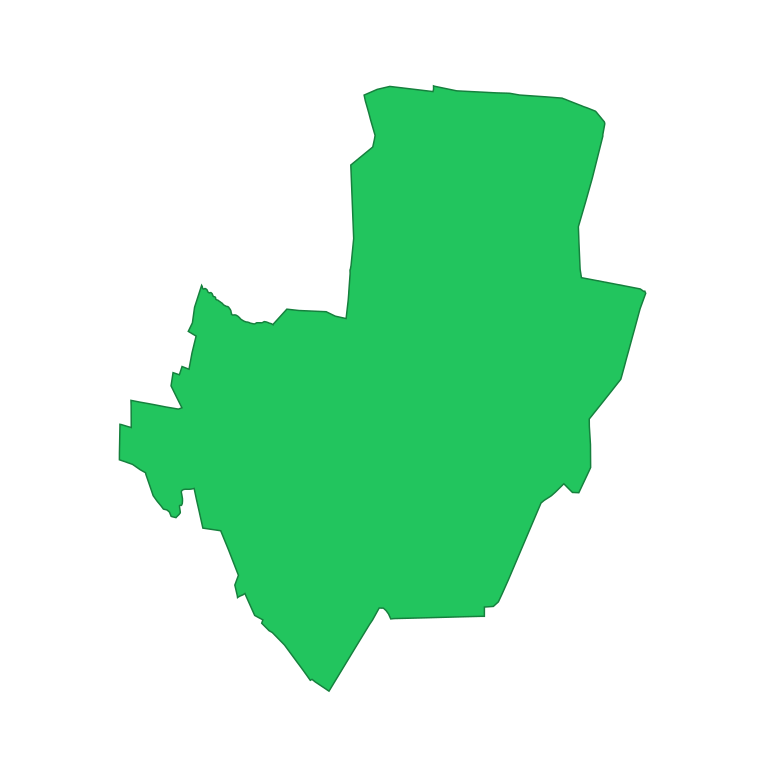 Preiļi, Preilu, Latvia, rotated 79°
{"feature_id": "27541924B35723190780065", "entity_name": "Preiļi", "entity_type": "district", "adm_level": 2, "iso_a3": "LVA", "parent_name": "Latvia", "parent_adm1": "Preilu", "projection": "natural_earth1", "projection_center": [26.72, 56.291], "detail": "fine", "context": "isolated", "style": "filled", "palette": "green", "viewbox_px": 768, "rotation_deg": 79, "n_neighbors": 0, "source": "geoboundaries", "source_scale": "gbopen_adm2", "svg_char_len": 4151}
<svg xmlns="http://www.w3.org/2000/svg" viewBox="0 0 768 768"><g transform="rotate(79 384 384)"><path d="M342.6,110.3L342.7,111.3L339.6,114.3L334.5,126.9L317.3,169.9L308.8,169.6L284.0,165.9L278.2,165.0L277.0,164.8L266.7,163.2L243.8,151.4L221.8,140.3L182.5,121.9L180.9,121.6L171.2,117.8L170.7,117.7L170.4,117.6L170.2,117.6L169.6,117.6L169.1,117.7L168.8,117.7L168.3,117.9L168.0,118.1L159.7,122.6L157.8,123.6L157.0,124.1L156.7,124.3L156.5,124.5L156.4,124.6L156.3,124.8L156.2,124.9L156.1,125.1L151.7,131.9L149.8,135.2L148.1,137.7L147.9,138.1L147.6,138.6L146.5,140.3L143.9,144.4L140.2,150.2L139.5,151.2L139.2,151.7L137.7,154.2L137.5,154.4L137.4,154.5L133.1,170.0L126.2,195.8L122.7,204.9L122.1,207.3L119.7,218.0L111.2,252.3L110.1,256.7L101.4,277.5L100.8,278.5L104.1,279.1L106.3,280.1L93.0,321.5L93.5,334.5L96.6,348.4L102.0,348.3L102.4,348.3L109.2,347.7L115.0,347.2L122.9,346.7L138.3,345.3L140.1,346.0L142.0,346.7L149.2,349.8L162.7,374.8L235.4,386.0L253.5,391.4L261.3,393.7L265.1,395.2L265.5,395.6L266.1,395.7L269.2,396.2L275.1,397.8L280.3,399.2L286.6,400.9L288.6,401.4L294.0,402.9L295.4,403.3L297.3,403.9L305.5,406.5L312.5,408.7L312.4,409.0L308.2,418.7L308.1,418.9L302.0,427.0L295.6,453.6L292.0,465.1L303.9,481.0L304.0,481.2L304.7,481.6L304.3,482.0L303.3,483.1L302.3,485.1L301.5,486.2L300.6,487.8L300.1,489.1L299.9,489.7L300.4,491.1L300.6,492.3L300.3,493.7L299.8,496.1L299.6,497.4L300.1,498.7L300.3,499.3L300.3,499.8L300.1,500.5L298.7,503.7L297.9,504.7L297.2,506.1L296.7,507.7L295.4,509.7L293.9,511.3L292.8,512.4L291.6,513.0L289.8,514.3L288.3,515.9L287.7,517.1L287.6,518.2L287.5,518.6L287.5,519.3L287.2,519.8L286.7,520.1L286.5,520.4L285.5,520.2L284.8,520.4L283.1,520.3L281.4,520.7L281.3,520.8L280.0,521.4L278.9,521.9L278.2,522.6L277.6,524.1L276.2,525.8L275.7,526.4L273.9,527.4L272.6,528.7L272.0,529.2L271.1,530.1L270.0,531.1L269.4,532.3L268.8,532.9L266.8,532.9L266.1,533.5L265.8,534.3L265.4,534.9L262.5,535.5L261.3,536.4L261.1,537.2L261.3,538.1L260.7,538.7L260.1,539.3L258.9,539.5L257.9,539.7L256.8,540.5L256.2,541.3L256.1,542.0L256.4,542.8L256.2,543.3L255.7,543.7L255.1,543.8L253.7,543.8L252.4,544.2L272.5,555.3L287.4,560.4L295.0,566.1L301.1,559.3L317.0,566.6L332.3,572.6L328.3,578.9L335.9,583.1L332.6,588.9L345.2,593.4L357.0,590.2L368.8,586.9L369.4,590.6L364.9,602.6L362.5,608.5L360.2,614.2L358.0,619.8L355.2,627.1L352.8,633.0L351.8,635.5L357.3,636.4L377.3,640.2L378.5,640.4L376.8,643.8L373.6,649.8L373.2,650.9L375.3,651.3L401.4,656.9L403.9,657.4L407.9,658.2L414.9,646.2L421.7,639.6L425.1,635.6L425.7,635.0L427.3,635.0L438.6,633.4L449.6,631.9L455.7,629.1L456.1,628.9L460.6,626.4L464.7,624.4L465.5,622.7L466.0,621.4L467.3,620.2L468.9,619.0L472.3,618.4L473.3,618.2L473.6,617.7L474.0,616.9L475.5,613.7L474.8,612.8L473.0,610.1L471.9,608.9L471.6,608.6L470.8,608.4L466.2,608.2L464.5,608.0L464.2,607.5L464.2,606.9L464.5,606.3L464.2,605.7L462.8,604.8L460.3,604.1L458.0,603.7L454.5,603.6L451.4,603.6L450.5,603.2L449.7,602.3L449.3,600.7L449.4,598.9L449.5,598.5L450.1,595.7L450.3,594.1L450.4,592.2L450.3,590.3L451.2,590.3L462.8,590.1L474.9,589.7L475.9,589.7L490.9,589.3L495.3,576.8L496.9,572.3L517.4,568.2L544.0,563.4L552.9,568.8L563.9,568.4L565.7,568.5L565.5,568.1L565.2,567.3L565.0,566.8L564.8,566.2L564.7,565.8L564.6,565.3L564.5,564.8L564.3,564.1L564.2,563.3L564.0,562.8L564.0,562.5L563.8,562.1L563.6,561.6L563.1,560.5L565.9,559.9L586.5,555.1L589.5,551.5L592.4,547.9L595.5,549.7L604.2,543.9L606.6,541.1L621.2,531.5L640.8,522.2L646.4,519.5L649.4,518.1L660.8,512.9L660.2,511.0L663.4,508.3L675.0,496.6L637.1,462.2L617.3,444.1L613.5,440.3L603.0,431.5L603.9,427.4L606.8,425.2L610.7,423.4L615.9,422.2L616.2,418.8L621.1,389.8L628.1,347.7L630.8,331.7L631.2,329.8L622.1,328.0L623.2,319.1L619.7,313.3L613.1,308.5L612.4,308.0L600.0,299.3L561.9,273.6L539.1,258.2L530.8,252.6L528.8,249.0L525.6,241.0L522.8,236.3L516.6,227.0L516.3,226.5L523.2,221.9L526.4,219.7L527.9,213.5L508.1,199.0L505.4,197.1L482.9,192.9L464.6,190.5L457.5,189.2L443.5,172.7L439.2,167.7L434.6,162.3L430.6,157.7L424.6,150.7L422.9,149.8L412.4,144.6L405.8,141.4L397.6,137.3L383.2,130.2L378.6,127.9L361.5,119.5L358.9,118.2L344.9,109.8L342.6,110.3Z" fill="#22c55e" stroke="#15803d" stroke-width="1.5"/></g></svg>